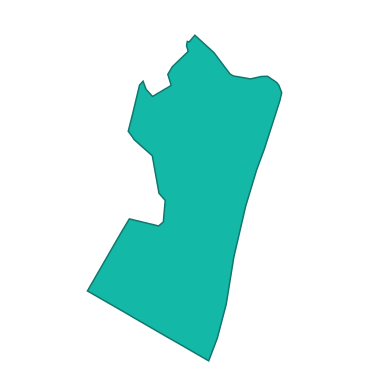 the district of Virginia Beach, Virginia, United States of America, rotated 30°
{"feature_id": "52423323B21015613646613", "entity_name": "Virginia Beach", "entity_type": "district", "adm_level": 2, "iso_a3": "USA", "parent_name": "United States of America", "parent_adm1": "Virginia", "projection": "equal_earth", "projection_center": [-76.052, 36.741], "detail": "fine", "context": "isolated", "style": "filled", "palette": "teal", "viewbox_px": 384, "rotation_deg": 30, "n_neighbors": 0, "source": "geoboundaries", "source_scale": "gbopen_adm2", "svg_char_len": 974}
<svg xmlns="http://www.w3.org/2000/svg" viewBox="0 0 384 384"><g transform="rotate(30 192 192)"><path d="M150.9,330.0L198.9,329.9L203.3,330.0L241.2,330.0L242.2,330.0L243.5,330.0L243.8,330.0L260.7,329.9L266.5,329.9L267.8,329.9L270.2,329.9L270.9,329.9L272.2,329.9L276.0,329.9L276.5,329.9L277.2,329.9L280.2,329.9L280.5,329.9L283.4,329.9L283.9,329.9L290.9,329.9L287.0,305.9L277.7,271.9L260.8,227.5L245.6,177.5L236.9,140.4L233.2,118.8L232.7,116.4L222.5,69.2L220.0,61.1L213.8,56.1L210.4,54.8L199.6,54.0L194.4,57.2L186.1,64.8L169.8,70.8L167.8,70.8L165.7,70.7L147.1,62.8L141.6,60.4L130.7,58.0L121.1,55.9L116.1,54.8L114.5,63.4L112.6,64.0L113.9,67.5L114.4,68.4L115.6,69.4L118.4,72.3L112.3,93.4L112.2,102.2L120.7,110.1L110.0,129.0L100.9,126.0L94.2,120.5L93.1,125.6L101.4,153.6L106.4,171.3L111.1,173.3L115.8,175.6L139.5,180.5L163.2,208.6L164.0,209.6L173.0,212.7L182.1,232.2L180.1,238.1L151.2,246.6L150.9,261.1L150.9,330.0Z" fill="#14b8a6" stroke="#0f766e" stroke-width="1.5"/></g></svg>